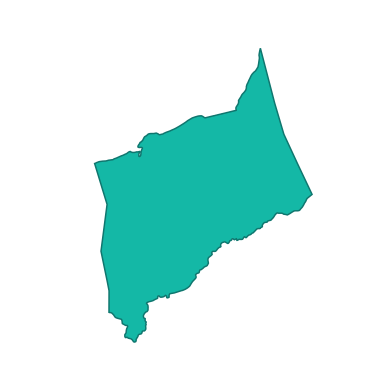 Guarizama, Olancho, Honduras, rotated 45°
{"feature_id": "27666195B32639013731604", "entity_name": "Guarizama", "entity_type": "district", "adm_level": 2, "iso_a3": "HND", "parent_name": "Honduras", "parent_adm1": "Olancho", "projection": "equal_earth", "projection_center": [-86.275, 14.906], "detail": "fine", "context": "isolated", "style": "filled", "palette": "teal", "viewbox_px": 384, "rotation_deg": 45, "n_neighbors": 0, "source": "geoboundaries", "source_scale": "gbopen_adm2", "svg_char_len": 6077}
<svg xmlns="http://www.w3.org/2000/svg" viewBox="0 0 384 384"><g transform="rotate(45 192 192)"><path d="M138.7,42.0L140.1,44.3L141.9,46.9L142.8,48.0L144.1,48.9L145.1,49.8L148.7,54.6L149.7,56.1L150.2,56.8L150.8,59.1L151.2,61.0L151.3,61.7L151.1,63.0L151.1,64.6L151.2,66.2L151.5,67.7L151.9,68.9L152.6,70.7L153.2,72.6L154.3,75.3L154.7,76.7L155.1,77.6L155.9,79.0L156.8,79.9L157.2,80.5L157.6,81.2L157.9,81.8L158.1,82.8L158.3,84.1L158.4,85.3L158.4,86.9L158.5,87.8L158.8,88.9L159.2,89.9L160.1,94.1L160.5,94.8L161.0,95.0L161.3,95.2L161.8,96.1L162.4,97.2L162.5,97.6L163.1,100.4L163.4,101.2L164.0,101.9L164.5,102.3L165.1,102.6L165.5,103.0L149.1,129.9L148.6,130.4L148.1,130.6L146.0,131.0L145.2,131.3L144.8,131.5L144.3,132.0L143.5,132.9L142.7,133.9L142.3,134.6L141.1,136.8L139.8,139.5L138.5,144.6L138.2,146.9L137.8,149.0L136.6,154.2L135.6,157.9L134.9,160.1L134.0,162.3L133.3,164.3L132.2,166.7L131.6,167.9L130.7,170.3L130.3,171.8L129.7,172.6L128.8,174.1L128.4,174.6L127.8,174.8L126.8,174.9L126.4,175.1L125.5,175.4L125.0,175.7L123.7,177.6L122.6,178.7L121.1,180.3L120.5,181.2L120.1,182.0L120.0,184.3L119.6,185.8L119.5,186.4L119.5,186.8L119.7,187.7L120.6,190.4L120.6,191.7L120.6,192.7L120.5,192.9L120.3,193.3L120.3,193.6L120.3,193.9L120.7,194.8L121.0,196.7L121.3,197.6L121.6,198.0L121.8,198.3L122.2,198.4L122.5,198.3L123.2,197.9L124.3,196.6L125.0,196.0L125.4,195.9L125.8,196.0L126.0,196.2L126.2,196.6L126.6,197.7L127.7,199.8L128.7,200.9L129.7,202.2L130.0,203.1L130.0,203.5L129.9,203.8L129.7,204.1L129.3,204.3L128.3,203.6L127.5,202.6L127.1,201.6L126.7,200.9L126.5,200.5L126.3,200.4L125.3,202.1L124.7,202.5L123.4,204.6L122.7,205.4L121.8,206.2L121.0,206.7L120.6,206.9L120.2,206.8L119.9,206.9L119.7,207.0L119.2,207.8L118.9,208.8L118.7,210.6L118.5,211.5L118.1,212.3L117.3,214.7L116.4,216.6L114.5,221.6L113.6,223.4L113.4,224.0L113.3,224.7L113.2,225.1L112.7,225.7L110.5,228.6L109.3,230.8L107.0,233.4L105.1,235.9L104.7,236.6L104.0,238.2L103.7,238.8L103.4,240.0L103.0,240.7L140.7,260.8L169.5,298.2L195.2,315.1L203.2,320.5L218.4,335.8L219.1,335.4L220.1,334.6L220.9,334.3L223.4,334.3L225.8,334.8L226.4,334.8L226.9,334.7L227.7,334.4L228.9,333.8L231.8,332.1L232.1,332.0L232.7,332.1L233.3,332.4L233.8,332.7L235.6,334.2L235.9,334.3L236.6,334.1L237.8,333.7L238.7,333.5L239.1,333.4L239.6,333.1L240.6,332.2L241.2,332.3L241.7,332.7L242.1,333.7L242.5,334.9L242.8,335.4L243.7,336.7L244.8,337.9L245.1,338.8L245.3,340.0L245.5,340.5L246.6,341.6L247.4,341.9L247.7,342.0L248.1,341.8L248.3,341.6L248.5,341.0L248.7,340.7L249.2,340.6L250.3,340.4L251.8,339.5L252.9,338.9L254.0,338.8L255.1,338.9L256.4,339.2L256.9,339.1L257.3,338.9L257.6,338.5L257.8,338.1L258.0,337.6L257.9,337.3L257.7,336.7L257.0,336.1L256.7,335.5L256.4,334.7L256.2,333.6L255.9,332.6L255.8,332.2L255.3,331.5L255.2,330.9L255.2,330.4L255.4,329.9L255.7,329.3L256.2,328.6L256.4,328.0L256.4,327.7L256.2,327.2L256.0,326.7L255.6,326.1L255.4,325.6L255.5,325.2L255.9,324.6L256.4,324.1L256.6,323.7L256.6,323.2L256.6,322.7L256.3,321.7L255.7,321.0L253.9,319.5L253.7,319.3L253.5,318.6L253.2,318.1L252.6,317.8L252.1,317.5L251.7,316.5L251.6,316.4L251.4,316.3L250.6,316.4L249.8,316.1L249.0,315.4L248.7,314.9L248.5,314.7L248.1,314.7L247.1,315.1L246.7,315.0L246.1,314.7L245.4,314.1L245.0,313.6L244.7,313.0L244.5,312.3L244.3,311.5L244.2,309.6L244.7,308.4L244.7,308.0L244.6,307.3L244.3,306.5L243.5,305.7L242.3,304.4L240.9,303.3L238.6,302.9L238.4,302.6L238.4,302.1L239.0,300.2L240.1,298.5L241.2,296.5L241.9,294.0L242.7,291.9L242.7,291.5L242.7,291.3L241.7,290.1L241.6,289.6L241.8,289.2L242.0,289.0L242.3,288.8L242.9,288.8L243.5,288.8L244.1,288.6L244.4,288.4L245.5,287.0L246.1,285.8L246.3,284.1L246.3,283.9L246.9,283.6L247.0,283.6L247.1,283.8L247.7,283.7L247.8,283.8L248.6,284.4L249.0,284.5L249.3,284.4L249.5,284.2L250.1,283.1L250.2,282.8L250.1,282.5L249.0,281.4L248.6,280.9L248.4,280.1L248.3,279.5L250.9,275.8L254.3,269.2L254.9,268.3L256.0,265.6L256.6,263.2L256.8,261.4L256.9,260.4L256.8,259.8L256.1,257.0L255.7,255.0L255.6,250.9L255.5,250.1L255.3,249.6L255.0,249.2L253.1,248.0L253.0,247.9L253.0,247.0L253.1,246.1L253.5,245.3L253.9,244.6L254.0,244.1L253.8,243.6L252.9,242.1L252.8,241.8L252.8,241.5L253.0,240.9L253.3,240.6L253.4,240.3L253.7,238.2L253.7,236.8L253.8,236.0L254.0,235.5L254.6,234.0L254.7,233.4L254.7,233.1L254.3,231.8L253.9,230.7L251.5,229.0L250.8,228.3L250.4,227.6L250.2,227.1L250.1,226.4L250.5,222.9L250.3,222.0L250.2,221.6L249.5,221.5L249.0,221.2L248.8,220.7L248.6,220.0L248.6,219.6L248.7,219.3L249.1,218.8L250.1,217.9L250.4,217.5L250.5,217.1L250.6,216.7L250.6,216.1L250.3,214.1L250.3,212.7L250.5,211.8L250.7,211.3L251.0,210.8L251.0,210.6L251.0,210.2L250.8,210.0L250.1,209.6L249.3,208.7L249.2,208.3L249.1,207.9L249.1,206.9L249.2,206.3L249.6,205.5L250.1,204.6L250.5,204.0L251.1,203.8L253.5,203.2L253.8,202.9L253.9,202.5L253.9,201.8L253.7,200.9L253.4,200.2L253.3,199.9L253.4,199.2L253.8,198.8L253.9,198.4L253.9,198.0L253.6,197.1L253.6,196.8L253.7,196.5L253.9,196.3L254.2,196.1L255.7,195.8L256.5,193.7L256.8,193.8L257.1,193.9L257.8,194.4L258.0,194.4L258.3,193.9L258.8,192.1L260.3,190.8L260.8,190.2L261.1,189.7L261.1,189.4L260.7,187.2L260.7,186.6L260.9,186.5L262.1,186.3L262.4,186.1L262.6,185.8L262.6,185.2L262.5,183.6L262.6,182.5L262.8,182.1L263.5,180.7L263.6,180.1L263.6,178.8L263.7,178.4L264.0,177.9L264.1,177.6L264.1,175.6L264.0,173.1L264.0,172.4L264.3,171.7L264.5,171.2L264.9,170.8L265.5,170.3L265.8,169.8L266.0,169.3L265.8,168.8L265.8,168.5L266.1,167.7L266.3,166.9L266.2,166.7L265.4,166.0L265.1,165.4L264.9,164.8L264.8,163.9L264.8,162.4L266.3,160.3L266.4,160.0L266.2,159.2L266.2,158.7L266.6,157.9L267.4,156.7L267.7,156.3L267.7,156.0L267.6,152.5L266.9,149.4L266.9,148.8L266.8,147.5L267.0,146.8L267.1,146.5L267.4,146.3L268.3,145.7L270.6,143.4L271.6,143.0L272.4,142.9L274.5,141.4L275.3,141.0L275.6,140.8L275.9,140.0L276.4,138.2L277.0,135.4L277.4,133.9L277.7,133.0L278.2,132.4L280.1,130.5L280.6,129.7L280.9,129.2L281.0,128.6L280.8,127.2L280.7,125.0L280.6,124.3L280.1,122.3L279.4,120.2L279.1,118.4L278.4,116.7L278.0,115.4L278.0,114.7L278.1,113.8L278.6,108.8L247.2,97.6L216.1,86.2L187.6,70.7L138.7,42.0Z" fill="#14b8a6" stroke="#0f766e" stroke-width="1.5"/></g></svg>